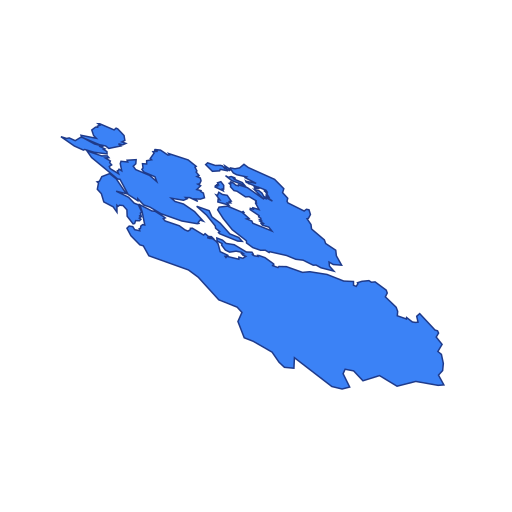 the district of Bindal nor, Nordland, Norway, rotated 37°
{"feature_id": "86288312B2671252892867", "entity_name": "Bindal nor", "entity_type": "district", "adm_level": 2, "iso_a3": "NOR", "parent_name": "Norway", "parent_adm1": "Nordland", "projection": "equal_earth", "projection_center": [12.321, 65.123], "detail": "fine", "context": "isolated", "style": "filled", "palette": "blue", "viewbox_px": 512, "rotation_deg": 37, "n_neighbors": 0, "source": "geoboundaries", "source_scale": "gbopen_adm2", "svg_char_len": 6070}
<svg xmlns="http://www.w3.org/2000/svg" viewBox="0 0 512 512"><g transform="rotate(37 256 256)"><path d="M448.2,207.7L446.0,206.5L443.5,207.4L421.4,203.5L420.6,207.4L425.2,211.3L423.5,213.0L420.6,214.6L413.3,214.5L414.0,215.8L404.8,218.7L402.5,215.0L398.8,212.6L383.9,210.8L383.1,206.6L380.6,204.9L366.7,205.0L364.0,207.5L361.0,207.7L355.8,212.5L353.1,216.3L354.1,216.8L354.3,220.0L351.5,220.7L349.2,217.7L341.2,223.2L323.8,228.0L308.4,236.2L303.0,241.1L286.7,246.2L280.6,250.6L280.5,252.0L274.4,253.9L275.7,252.6L274.9,251.7L264.2,251.9L258.1,253.8L257.0,254.5L257.9,255.1L254.5,256.9L252.4,257.1L252.7,256.2L250.5,255.4L245.9,258.6L231.8,260.1L224.6,263.9L219.7,263.5L213.9,265.2L215.9,267.4L221.4,266.5L222.0,268.0L228.0,269.7L232.6,268.8L237.2,264.1L242.3,261.7L244.5,261.7L243.2,262.8L245.1,263.2L248.1,262.4L246.9,265.8L243.0,267.2L244.2,268.9L233.2,273.7L232.0,275.0L233.7,275.6L231.5,274.9L233.8,272.9L233.1,272.4L224.8,274.1L218.4,269.1L215.4,268.3L210.8,268.3L208.4,269.9L205.9,270.7L211.0,267.7L208.7,267.4L206.3,269.0L201.9,268.8L201.6,270.8L188.4,272.1L186.9,273.4L187.7,274.4L186.7,277.1L183.5,277.9L176.6,278.0L162.3,282.7L159.5,282.1L160.6,280.2L158.9,280.2L148.6,281.0L145.7,282.7L132.4,285.0L138.6,289.3L148.5,298.2L146.6,299.1L146.0,301.4L147.1,303.5L146.3,304.5L148.0,305.8L143.3,308.0L139.9,306.7L136.7,308.4L136.2,311.5L143.9,315.1L156.5,317.0L159.9,315.7L170.3,320.3L210.4,307.8L222.6,307.7L252.7,313.4L271.7,308.2L278.7,309.5L281.0,319.2L295.8,328.4L305.1,325.8L326.7,323.1L338.4,327.0L345.7,327.8L353.8,322.8L347.9,314.1L395.1,314.6L404.8,310.4L409.7,304.3L396.4,297.6L395.3,292.8L403.1,289.0L416.5,291.3L426.6,277.2L447.0,275.1L459.1,260.0L479.3,249.7L483.6,245.9L473.4,241.3L474.0,235.2L470.3,229.1L463.3,223.0L458.7,222.8L457.8,214.6L448.7,212.3L448.2,207.7ZM327.3,221.2L320.8,219.9L318.0,216.9L322.8,216.3L329.9,211.8L320.1,207.5L316.2,203.4L304.1,204.1L300.9,202.0L284.1,201.0L281.0,197.8L274.3,195.5L275.2,194.3L274.5,190.1L270.5,187.2L268.2,188.3L267.4,191.1L249.5,194.4L247.8,193.6L246.6,190.8L239.1,189.4L237.7,185.5L224.7,183.6L196.6,190.0L191.2,190.0L189.9,195.5L186.7,199.0L182.5,201.1L182.7,202.4L177.0,202.7L179.1,203.8L177.5,204.2L178.9,205.1L175.1,204.2L173.0,205.0L169.0,208.2L161.3,210.7L160.8,213.3L170.2,214.6L175.7,209.9L175.3,208.3L181.5,205.3L179.9,204.5L183.4,203.7L183.8,202.0L187.9,203.3L191.7,202.7L200.9,198.5L200.3,200.0L212.4,197.9L204.3,201.7L205.5,202.5L202.9,202.4L203.8,203.0L215.1,200.3L212.7,201.6L214.3,202.6L218.1,199.8L215.2,200.2L216.5,199.6L224.3,197.5L225.5,197.9L222.9,199.0L227.7,199.0L226.5,199.6L232.0,201.7L227.7,201.5L228.3,202.3L236.1,202.3L228.0,203.5L229.3,204.3L228.3,204.6L222.9,202.2L218.7,202.1L214.6,203.9L228.3,205.9L208.0,206.6L199.2,209.7L199.7,210.5L197.4,211.6L193.7,211.4L190.4,212.4L192.7,212.1L190.9,214.1L193.0,214.4L194.0,216.1L199.0,217.0L201.8,215.7L212.0,215.1L214.8,212.7L223.0,211.8L223.6,212.8L222.5,213.0L224.5,213.4L224.1,214.2L230.5,217.1L223.8,219.6L226.5,219.9L222.8,221.4L223.4,222.5L234.2,221.9L234.5,223.1L237.1,223.0L238.2,224.1L237.4,224.6L239.2,224.6L238.2,225.8L242.5,225.5L242.0,226.9L239.6,226.7L242.5,227.5L248.8,225.2L253.6,226.5L233.7,231.8L231.7,230.6L226.2,232.0L227.7,230.2L219.4,229.5L220.1,228.5L218.9,228.2L218.4,229.5L203.3,233.3L197.1,239.2L197.6,242.2L207.2,245.8L221.2,249.3L239.2,249.6L240.6,251.3L248.4,251.2L256.2,248.7L259.9,245.8L264.4,245.3L264.4,244.3L280.1,237.2L289.7,234.7L296.1,231.0L307.2,228.9L309.4,227.1L315.0,226.3L327.3,221.2ZM65.4,276.3L99.0,277.8L101.3,276.6L116.9,283.8L128.4,283.0L127.1,281.4L135.6,282.8L141.9,280.8L154.6,279.4L175.7,272.7L189.6,265.6L190.8,264.3L189.6,263.9L189.8,260.9L192.8,259.9L180.2,257.5L166.8,258.1L158.5,261.2L153.6,260.8L164.6,255.1L166.5,251.8L164.5,251.7L168.0,249.2L176.7,247.4L172.4,247.5L177.4,244.0L179.8,240.5L176.1,237.4L172.9,237.8L172.7,236.9L168.7,238.6L169.5,233.2L166.3,233.6L167.5,232.2L166.9,229.1L164.6,227.2L161.0,228.1L162.1,226.0L157.7,225.0L157.6,223.6L153.8,221.8L154.3,220.4L144.0,220.1L124.7,226.7L126.1,227.1L125.0,228.4L116.0,228.9L111.3,231.7L111.3,232.3L111.6,232.6L114.5,231.6L110.9,234.7L112.7,235.3L112.9,241.8L114.7,242.0L111.3,245.7L113.3,248.3L109.8,250.6L112.8,253.7L112.7,255.5L116.1,256.4L127.6,253.5L131.9,256.3L122.5,255.7L107.9,259.4L103.9,258.2L104.5,254.7L102.3,251.2L95.4,257.1L97.0,258.1L91.2,261.6L92.0,263.9L97.5,268.8L94.4,269.1L94.6,271.6L93.4,271.1L96.7,273.0L86.8,274.0L84.9,272.8L85.9,270.1L82.9,269.5L82.5,267.8L76.7,268.4L79.3,266.0L77.0,265.5L72.4,269.0L57.8,273.8L65.4,276.3ZM138.5,304.3L139.5,303.1L138.6,300.2L141.7,298.0L142.0,295.9L140.0,296.0L140.4,294.2L138.2,294.0L140.6,293.4L137.8,291.3L138.2,289.6L131.3,285.9L126.9,287.1L118.9,285.8L105.3,288.4L114.8,284.3L97.9,278.5L89.5,278.3L85.1,285.4L86.0,290.6L84.5,292.4L86.3,292.5L89.1,298.2L95.0,299.3L101.9,304.4L112.3,302.7L118.6,304.7L114.4,299.2L115.9,299.4L116.5,297.5L119.5,295.7L125.1,296.8L129.2,301.8L138.5,304.3ZM45.3,266.0L64.0,261.3L69.6,258.6L73.7,258.7L81.9,249.4L78.6,249.1L82.6,247.5L84.3,244.4L80.2,245.6L81.7,242.6L78.1,239.2L69.1,237.7L67.3,238.1L66.8,240.7L51.7,244.4L50.3,245.4L52.6,245.5L51.2,247.8L52.0,248.5L50.3,249.7L49.0,254.2L53.8,257.5L57.6,258.1L43.6,264.9L45.3,266.0ZM44.7,277.5L54.4,275.3L55.1,274.0L64.4,270.5L75.6,264.1L74.1,262.3L70.1,262.6L70.8,261.4L64.5,262.7L68.2,260.1L59.8,263.7L46.5,265.7L44.6,266.7L42.2,272.7L35.8,274.1L34.0,276.1L28.4,278.1L44.7,277.5ZM197.2,251.3L191.3,248.0L178.7,252.0L191.9,253.1L205.3,256.5L207.0,258.1L212.4,258.4L212.0,259.9L213.6,260.1L232.4,255.1L236.2,252.6L231.1,251.6L221.8,254.1L207.6,251.3L197.2,251.3ZM196.5,224.9L192.1,227.1L187.9,227.5L188.8,230.8L187.5,231.2L193.2,232.9L191.6,233.5L193.0,235.8L203.6,231.7L201.1,231.0L203.8,228.8L201.9,228.5L203.2,227.1L196.5,224.9ZM187.7,219.0L183.2,217.8L181.2,220.7L183.3,221.8L181.9,222.7L183.0,223.3L181.3,224.3L181.8,225.5L190.6,223.7L188.8,222.7L189.9,222.0L187.7,219.0ZM200.9,205.6L192.5,207.7L191.5,207.5L192.7,206.8L192.0,206.3L188.3,207.5L186.5,209.8L183.3,210.2L191.2,210.4L204.5,206.4L200.9,205.6Z" fill="#3b82f6" stroke="#1e3a8a" stroke-width="1.5"/></g></svg>